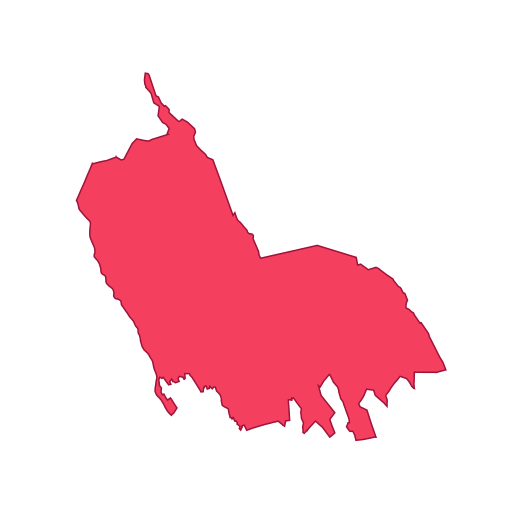 outline of Mētrienas pag., Madona, Latvia, rotated 260°
{"feature_id": "27541924B91196671574766", "entity_name": "Mētrienas pag.", "entity_type": "district", "adm_level": 2, "iso_a3": "LVA", "parent_name": "Latvia", "parent_adm1": "Madona", "projection": "equal_earth", "projection_center": [26.346, 56.675], "detail": "fine", "context": "isolated", "style": "filled", "palette": "rose", "viewbox_px": 512, "rotation_deg": 260, "n_neighbors": 0, "source": "geoboundaries", "source_scale": "gbopen_adm2", "svg_char_len": 5939}
<svg xmlns="http://www.w3.org/2000/svg" viewBox="0 0 512 512"><g transform="rotate(260 256 256)"><path d="M276.5,257.0L278.0,256.2L278.4,255.6L278.9,254.3L278.8,253.9L279.7,252.6L281.0,251.8L282.9,251.6L285.9,249.7L291.6,246.5L294.5,244.1L298.2,243.3L302.3,242.7L300.0,240.4L336.7,234.1L358.3,230.2L361.5,225.2L364.9,223.9L369.8,220.1L375.0,216.6L381.6,215.2L384.8,215.5L387.9,217.6L388.5,217.9L392.0,217.6L399.7,211.8L403.5,207.2L403.6,206.9L402.0,204.3L402.0,203.6L402.0,203.4L402.5,202.7L406.3,199.9L407.1,199.2L408.1,198.5L412.0,195.6L412.5,195.3L412.9,195.3L413.6,195.5L414.9,195.9L415.1,195.9L415.8,195.7L419.8,192.9L419.8,192.5L419.4,191.7L419.6,191.4L421.9,190.2L422.6,189.4L422.8,189.3L429.5,187.5L429.8,187.3L430.1,186.9L430.3,186.6L430.4,186.0L430.5,185.8L430.8,185.6L432.5,185.1L452.3,182.2L453.3,181.9L453.9,181.6L454.4,181.2L455.3,178.7L448.8,176.7L444.7,176.4L442.3,176.9L441.3,176.7L436.4,179.8L434.4,180.9L426.1,181.8L424.4,182.1L422.4,184.4L420.1,186.8L411.4,184.0L411.1,183.9L403.7,187.2L403.6,187.3L401.4,190.2L397.0,192.4L397.0,192.5L396.7,192.6L391.9,189.8L391.1,190.7L390.3,184.9L388.9,173.8L388.0,171.0L387.8,170.8L388.3,168.6L389.2,165.9L392.1,158.7L391.5,158.0L391.4,158.0L391.1,157.4L388.3,153.6L374.2,142.7L374.0,139.9L377.6,135.6L377.9,135.5L377.7,135.4L375.9,125.6L375.9,122.0L375.7,117.7L375.2,112.0L375.8,111.0L370.5,107.7L363.7,103.2L358.6,100.0L350.6,94.6L344.9,90.9L342.5,89.2L341.7,88.8L340.6,89.3L338.8,89.6L336.9,89.8L334.7,89.8L333.2,89.9L331.9,90.4L325.5,94.1L322.8,95.8L319.2,98.3L317.6,98.7L316.4,98.5L315.7,98.4L313.1,97.6L309.9,96.8L306.4,96.1L304.5,95.9L303.1,95.9L298.3,96.9L294.9,97.8L292.6,98.3L291.2,98.4L289.5,98.3L288.2,98.2L287.0,97.8L285.4,96.9L283.9,96.6L283.0,96.7L282.3,97.2L281.1,97.8L279.5,98.9L278.1,99.5L276.5,100.1L274.8,100.5L271.3,100.9L269.9,100.9L268.3,100.7L266.7,100.7L266.1,100.8L265.2,101.3L262.8,103.9L262.1,104.1L260.9,104.3L256.6,103.8L255.1,104.0L253.4,105.1L251.5,106.4L250.0,108.0L248.6,109.0L247.2,109.5L245.5,109.7L244.6,109.7L243.7,109.5L242.5,109.1L241.2,108.9L240.2,109.2L239.3,109.6L238.7,110.0L238.1,110.8L237.5,112.5L236.2,114.3L235.4,114.9L234.7,115.1L233.1,115.1L231.8,115.0L230.8,115.2L228.7,116.3L224.9,118.0L221.8,119.5L218.1,121.0L213.5,123.8L210.8,124.6L208.7,125.1L207.6,125.5L205.6,126.7L204.7,127.0L204.1,127.1L203.3,127.0L201.6,126.7L200.7,126.7L199.6,126.9L198.7,127.4L197.2,127.6L194.0,127.7L192.3,127.5L186.3,128.2L183.0,129.5L179.1,132.4L177.4,133.2L175.0,134.0L171.4,135.5L170.2,135.8L169.3,135.9L163.6,136.0L161.6,136.3L159.1,136.9L155.6,137.4L153.7,137.3L152.3,136.9L150.2,136.0L146.6,134.9L143.1,133.7L140.1,133.1L138.1,133.5L136.2,134.1L134.5,135.1L132.9,136.3L130.4,137.7L126.0,139.4L122.7,140.3L118.9,141.7L116.6,143.0L114.8,144.2L113.8,145.1L114.5,145.7L115.6,147.7L120.1,151.8L123.4,150.3L128.7,148.2L131.1,147.1L129.5,143.9L132.3,142.5L136.0,141.3L135.6,139.8L138.2,138.8L142.5,139.9L145.2,138.5L151.1,138.8L153.4,140.3L151.8,142.1L152.7,143.5L144.3,147.6L144.5,149.9L147.1,149.1L149.5,151.6L146.6,152.4L146.7,153.2L145.2,154.5L145.8,158.5L148.8,158.0L150.8,159.6L149.1,163.3L147.4,163.5L147.1,164.1L148.1,165.1L149.6,165.1L152.5,165.5L151.7,169.9L149.8,170.4L148.0,171.7L143.6,173.6L132.6,178.0L131.7,178.2L131.5,180.4L134.2,181.2L135.3,181.6L135.4,182.2L136.6,182.7L136.6,184.3L133.4,184.9L133.7,187.1L135.7,187.9L132.8,189.8L134.4,191.9L133.9,193.2L129.9,193.7L127.6,195.3L125.3,196.6L123.8,196.8L121.7,197.2L120.2,196.8L119.4,196.7L115.1,196.8L114.6,197.0L114.3,197.3L114.0,197.7L113.5,198.1L112.6,199.2L110.5,202.1L104.5,202.2L104.1,202.4L101.8,202.4L101.3,202.5L101.0,203.7L99.7,204.1L100.9,205.3L101.0,205.4L100.8,205.6L97.4,206.3L96.9,206.6L97.1,207.6L95.1,208.7L93.9,208.1L90.9,210.7L90.7,210.6L88.9,209.6L87.2,210.7L90.1,212.8L91.2,212.8L91.5,215.0L86.0,216.6L87.1,223.0L88.0,230.4L88.2,231.9L88.4,234.0L88.6,235.2L88.9,240.9L89.2,243.0L89.3,245.5L89.2,246.8L89.5,247.4L89.6,249.0L85.2,252.9L84.7,253.1L83.4,254.6L88.5,256.6L88.4,256.9L88.3,260.6L102.5,262.2L105.2,262.4L108.7,262.9L108.6,264.3L108.7,265.1L107.9,265.4L107.9,266.4L109.9,266.5L109.4,267.5L109.7,268.2L100.6,272.7L97.8,274.2L94.4,273.0L88.1,272.6L83.4,273.8L80.0,272.4L77.5,272.1L76.7,272.2L74.0,271.6L73.0,272.7L75.6,276.1L75.4,276.3L75.7,276.4L77.6,278.7L83.1,285.9L76.7,290.9L76.6,291.3L64.8,297.2L66.1,299.6L68.1,302.9L75.9,301.3L82.3,300.3L88.0,306.4L107.3,295.9L117.4,295.0L115.8,296.4L121.2,301.1L126.6,307.6L126.6,307.8L124.9,308.5L120.4,309.8L118.4,310.3L112.7,313.7L110.3,314.0L109.1,314.1L107.4,314.0L100.7,314.7L97.6,316.3L93.1,316.9L90.8,317.4L88.4,317.7L81.9,318.9L79.1,319.3L75.7,319.0L75.8,317.7L74.2,316.9L72.2,315.5L71.1,315.9L68.0,317.4L67.1,318.0L66.8,318.9L66.7,320.7L65.7,321.2L62.6,322.1L57.2,322.4L56.8,327.3L56.7,330.9L56.9,338.4L57.1,341.2L56.7,342.7L71.5,340.3L85.0,338.5L89.4,332.3L92.9,331.5L96.1,334.9L99.6,337.9L105.6,341.7L103.5,348.5L98.0,349.3L92.9,353.4L89.1,356.5L85.2,358.9L86.6,359.2L87.6,359.3L89.8,359.9L91.2,360.1L92.4,360.1L93.7,359.9L94.8,359.6L95.5,359.5L96.4,359.8L96.8,360.1L99.7,363.4L103.1,366.4L105.9,369.3L107.9,371.6L108.6,372.7L112.5,377.0L109.2,382.9L108.3,383.5L106.4,384.6L104.3,385.5L102.6,386.1L100.6,386.8L99.9,387.2L98.5,388.2L98.0,389.0L99.3,388.9L100.7,389.2L101.3,389.1L103.1,389.4L105.4,390.0L114.1,391.8L112.2,401.7L110.5,411.5L110.0,413.1L110.5,418.3L110.9,423.2L118.9,421.6L124.7,419.3L141.3,414.3L146.1,412.8L149.7,412.4L161.7,407.0L161.8,406.8L161.4,406.3L161.3,406.0L161.4,405.8L170.7,401.6L171.9,401.4L172.6,401.2L174.2,399.3L176.7,397.6L178.4,395.3L178.9,394.8L180.2,394.8L181.0,395.0L184.7,396.4L185.7,397.4L186.2,397.5L193.2,396.1L193.5,395.9L194.0,394.6L198.6,393.2L198.9,393.1L200.1,392.4L201.2,391.0L201.4,390.8L207.7,387.4L209.9,386.6L210.2,386.2L214.9,381.3L219.6,376.9L222.4,374.5L224.0,372.2L223.0,364.2L229.8,357.6L229.4,354.5L237.2,354.5L255.8,318.1L253.0,260.2L256.3,259.2L260.0,259.3L273.5,256.1L276.5,257.0Z" fill="#f43f5e" stroke="#9f1239" stroke-width="1.5"/></g></svg>